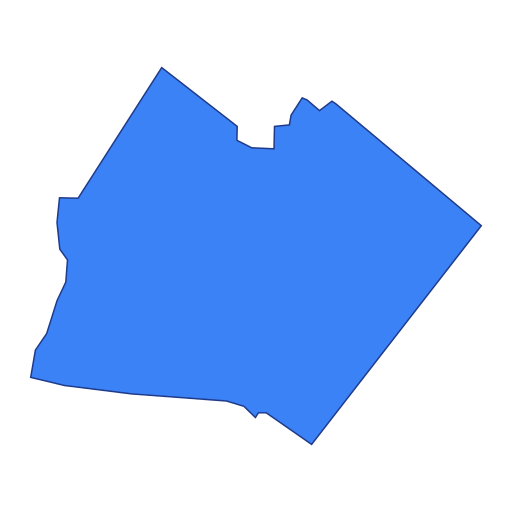 the district of 18 de Mayo, Canelones, Uruguay
{"feature_id": "84410073B56582914281791", "entity_name": "18 de Mayo", "entity_type": "district", "adm_level": 2, "iso_a3": "URY", "parent_name": "Uruguay", "parent_adm1": "Canelones", "projection": "equal_earth", "projection_center": [-56.223, -34.699], "detail": "fine", "context": "isolated", "style": "filled", "palette": "blue", "viewbox_px": 512, "rotation_deg": 0, "n_neighbors": 0, "source": "geoboundaries", "source_scale": "gbopen_adm2", "svg_char_len": 525}
<svg xmlns="http://www.w3.org/2000/svg" viewBox="0 0 512 512"><path d="M57.0,222.5L59.8,249.2L67.5,259.9L65.8,282.1L57.1,300.5L46.7,333.5L35.4,350.1L30.7,377.4L64.5,385.5L131.6,393.9L226.4,401.0L243.9,406.3L247.9,410.2L255.4,417.5L258.4,412.8L266.2,412.8L311.6,444.4L481.3,225.7L335.7,103.7L331.9,101.2L319.5,110.6L307.0,99.9L302.2,97.9L291.1,115.1L289.4,124.9L274.5,126.4L274.0,148.8L251.7,147.8L236.9,140.3L237.2,126.4L161.7,67.6L78.1,198.2L59.5,197.8L57.0,222.5Z" fill="#3b82f6" stroke="#1e3a8a" stroke-width="1.5"/></svg>